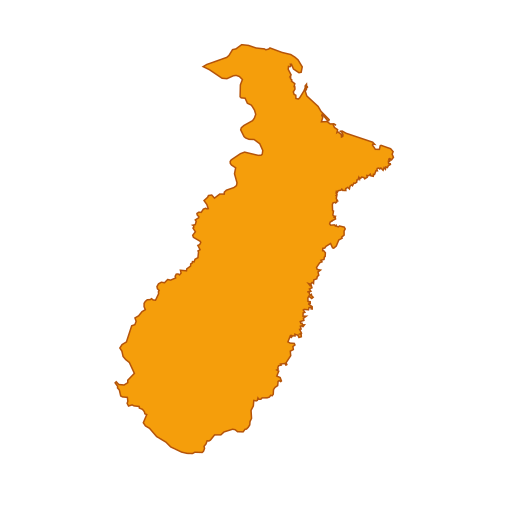 the district of El Litoral Del San Juán (Docordó), Chocó, Colombia, rotated 101°
{"feature_id": "7082276B60850908313742", "entity_name": "El Litoral Del San Juán (Docordó)", "entity_type": "district", "adm_level": 2, "iso_a3": "COL", "parent_name": "Colombia", "parent_adm1": "Chocó", "projection": "orthographic", "projection_center": [-77.053, 4.269], "detail": "fine", "context": "isolated", "style": "filled", "palette": "amber", "viewbox_px": 512, "rotation_deg": 101, "n_neighbors": 0, "source": "geoboundaries", "source_scale": "gbopen_adm2", "svg_char_len": 6107}
<svg xmlns="http://www.w3.org/2000/svg" viewBox="0 0 512 512"><g transform="rotate(101 256 256)"><path d="M423.0,229.9L419.7,230.3L416.2,229.4L408.5,231.4L403.7,230.0L398.2,230.6L398.2,228.2L397.4,227.1L395.0,227.0L396.1,225.9L395.7,223.9L394.1,222.9L393.1,218.0L392.0,216.0L389.9,214.9L390.1,213.5L388.4,212.7L383.8,213.3L381.4,212.3L379.1,210.0L374.9,210.4L373.9,209.4L374.6,207.8L373.8,207.2L370.7,209.1L369.9,212.7L364.7,211.7L363.9,213.9L362.8,212.6L361.5,213.3L359.4,212.9L358.3,210.5L357.4,211.3L356.0,207.2L357.4,205.8L356.7,205.0L355.0,206.1L347.2,202.9L342.9,204.2L340.7,201.5L337.8,202.5L335.9,200.8L334.5,201.8L335.0,205.9L334.2,208.3L327.5,207.0L327.2,206.3L328.1,205.7L329.8,206.1L327.4,204.9L327.0,202.4L325.4,202.9L325.8,199.7L327.8,198.3L326.6,196.1L324.4,196.7L324.2,198.1L323.1,196.6L319.7,199.2L319.1,197.8L316.4,199.1L315.9,198.3L316.4,196.4L314.3,195.3L314.7,197.2L313.2,198.0L313.5,199.2L311.9,200.1L310.1,196.7L308.1,197.6L305.5,195.2L306.1,198.4L302.8,198.9L302.0,197.3L300.0,199.3L299.2,198.6L298.8,194.2L296.5,194.1L296.1,193.1L295.9,192.1L297.4,191.8L297.3,190.7L295.0,191.2L293.2,195.1L292.2,194.9L292.1,193.7L290.5,194.1L290.6,196.3L287.4,197.1L285.4,196.5L287.1,193.2L285.6,192.0L284.4,193.8L283.1,194.3L284.2,195.4L282.6,196.6L281.2,196.5L281.4,198.8L280.1,195.4L278.2,197.3L276.5,195.0L274.0,196.3L274.9,197.1L273.0,199.3L273.3,197.1L271.2,195.9L272.0,194.3L268.4,194.7L266.8,192.0L264.5,191.9L262.9,190.7L259.9,192.1L257.5,190.0L257.5,193.4L255.7,194.4L250.5,192.2L249.1,190.1L247.8,191.4L246.4,188.6L244.0,188.7L243.3,188.0L239.6,188.5L237.9,190.6L238.1,191.6L235.7,191.9L235.1,190.0L233.2,189.2L229.5,185.2L233.4,182.4L233.5,181.2L230.9,179.1L224.5,177.8L222.1,174.9L221.1,175.5L218.7,173.5L214.7,174.3L212.4,173.6L210.8,174.9L210.6,179.8L211.7,180.7L211.4,182.7L210.5,183.2L211.4,183.9L210.5,185.0L211.5,188.6L210.4,189.9L208.4,189.6L207.2,188.0L206.4,188.5L206.8,187.9L204.5,185.0L203.2,185.5L203.2,186.5L201.9,185.7L201.9,187.6L201.0,188.4L197.1,188.5L196.8,189.5L190.7,190.9L189.0,190.4L188.2,188.4L188.7,187.9L187.4,186.9L186.3,187.2L186.2,186.5L184.3,188.2L181.8,188.2L181.4,188.9L180.5,188.1L179.0,189.4L177.7,189.4L178.7,188.5L176.2,187.8L175.2,185.1L174.0,184.5L175.1,183.4L174.6,180.3L172.7,180.8L171.1,179.0L172.3,177.1L169.6,177.1L167.9,175.6L168.6,174.7L165.7,173.8L165.8,172.7L164.3,171.2L162.2,171.5L161.7,170.4L159.1,170.1L160.7,168.9L159.6,168.9L159.6,168.0L158.3,167.3L158.4,165.0L159.5,164.0L157.4,161.8L155.8,162.5L155.7,160.6L153.9,159.5L155.4,158.6L155.4,156.1L153.4,156.3L153.4,155.2L149.4,154.5L149.2,153.1L147.8,153.9L146.8,153.6L146.2,152.2L147.0,151.1L145.8,150.2L147.6,147.6L144.8,147.1L146.1,145.5L143.8,145.5L144.1,143.9L142.0,143.3L140.5,141.5L139.8,141.8L139.9,143.5L137.8,144.1L137.6,142.9L136.6,142.6L136.2,144.0L135.5,144.1L134.8,143.3L135.8,141.3L132.9,139.9L130.1,141.8L127.4,141.3L125.0,144.3L123.5,154.4L124.1,155.1L127.8,155.2L128.5,159.2L124.8,162.9L123.8,162.6L123.7,160.9L122.0,163.2L118.3,191.1L116.9,195.2L117.6,197.7L117.7,195.7L120.3,193.8L122.1,193.7L122.9,194.8L120.4,195.5L118.5,199.4L119.3,200.1L116.4,200.0L114.9,203.5L111.9,205.7L111.5,204.6L112.5,202.5L112.0,203.1L111.4,204.8L112.2,208.3L110.5,211.9L111.8,217.4L107.2,216.9L105.4,218.3L104.1,218.0L109.3,211.8L109.3,210.4L108.2,210.2L101.6,219.8L97.3,223.6L89.2,236.7L84.6,239.2L83.0,238.3L81.5,238.5L80.8,237.9L80.5,238.5L80.0,237.3L80.0,238.6L77.7,239.2L79.6,240.2L81.6,239.8L84.9,240.5L92.4,243.3L93.9,244.5L93.7,246.9L90.6,247.6L90.1,249.4L87.8,250.7L84.8,249.6L82.5,250.2L82.5,250.9L79.4,250.8L77.6,254.5L76.4,254.4L75.3,256.0L73.7,256.1L73.7,256.9L71.5,256.1L66.6,260.0L63.7,260.3L63.7,258.7L62.4,258.0L61.2,258.8L61.0,257.8L65.3,254.9L67.9,248.8L67.0,246.7L61.5,246.7L55.4,252.2L53.4,255.7L51.6,260.3L51.2,269.4L49.1,282.0L50.5,283.1L51.7,285.7L51.1,287.3L51.8,295.6L50.7,303.6L51.3,310.4L56.5,315.2L57.9,318.4L64.3,320.8L66.6,322.6L77.4,340.9L80.2,344.0L82.0,337.3L88.0,323.2L87.5,318.4L83.4,312.6L82.5,309.9L83.0,306.5L85.4,303.0L91.0,304.0L102.7,302.0L103.6,300.7L103.2,296.8L107.7,293.6L108.7,289.6L109.9,288.2L113.1,285.3L117.0,283.3L121.0,283.9L123.8,285.2L130.1,292.7L132.9,294.9L135.1,295.1L141.1,290.5L142.1,288.7L142.8,285.1L142.0,280.1L145.1,273.7L151.1,269.5L154.9,269.3L156.1,270.2L156.8,273.1L156.2,287.0L158.5,290.8L166.4,298.7L168.2,299.4L170.0,298.9L171.4,297.4L173.3,292.8L179.4,292.8L187.8,288.6L190.6,288.6L193.0,290.7L197.0,297.6L199.4,299.3L201.3,299.0L202.1,303.4L207.1,307.8L204.6,311.1L205.7,314.2L207.6,314.7L211.5,317.6L214.8,314.1L218.6,311.9L219.1,313.3L218.7,314.4L220.0,316.6L223.6,318.1L223.9,320.5L225.5,322.1L226.9,321.6L228.4,319.6L229.4,319.6L232.2,322.5L233.4,321.3L236.8,321.6L237.8,323.9L238.1,323.0L239.8,322.6L240.6,323.2L243.8,320.1L247.7,322.1L249.6,321.0L252.3,313.4L253.3,312.8L255.6,313.5L256.7,315.1L260.5,312.1L262.1,313.9L263.0,313.2L268.7,312.7L270.8,315.2L273.6,315.7L273.6,317.3L275.1,317.3L276.2,318.6L278.4,318.3L281.8,321.5L283.8,321.4L284.4,327.5L287.0,326.3L289.1,327.4L288.5,329.1L289.0,330.8L291.3,331.5L292.9,330.7L296.0,335.3L295.9,338.2L299.7,340.7L299.8,343.9L301.9,346.4L304.9,347.4L307.0,346.5L308.3,344.5L309.7,345.0L311.6,344.4L318.6,346.2L318.8,348.6L317.8,350.4L319.0,351.5L319.7,354.4L321.7,356.0L323.8,356.8L327.1,356.2L329.8,354.4L332.4,357.3L337.1,359.8L339.9,363.0L343.0,361.2L346.5,361.8L348.2,364.7L365.1,366.8L368.5,370.6L372.3,372.1L375.0,369.5L380.0,367.3L382.5,364.2L384.7,360.0L394.4,353.0L402.4,358.2L404.8,357.7L407.8,360.9L408.3,366.2L406.1,369.2L407.4,370.1L410.4,366.9L411.9,366.8L413.6,364.6L419.2,362.1L419.8,360.1L419.3,355.3L423.0,354.1L425.2,354.4L427.6,352.5L425.8,349.2L426.4,347.2L426.0,342.0L427.5,341.5L428.2,338.2L430.1,335.9L432.1,335.0L432.5,333.0L441.2,334.8L443.9,332.1L445.5,327.6L452.2,319.1L455.9,308.9L459.7,303.3L462.7,291.6L462.9,285.9L462.0,280.6L460.3,278.6L459.1,271.3L457.7,270.3L454.7,269.8L452.7,270.7L450.2,269.3L446.7,268.7L446.6,267.0L445.4,265.6L439.5,262.5L438.3,256.4L434.8,253.8L430.5,245.9L430.5,243.3L432.0,240.6L431.1,235.1L428.2,233.7L427.7,232.3L425.6,230.9L423.0,229.9Z" fill="#f59e0b" stroke="#b45309" stroke-width="1.5"/></g></svg>